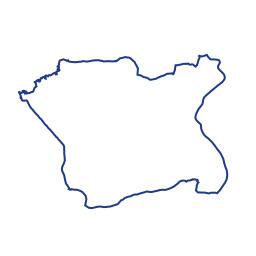 the district of Rwamagana, Eastern, Rwanda, rotated 82°
{"feature_id": "39286606B51470133526692", "entity_name": "Rwamagana", "entity_type": "district", "adm_level": 2, "iso_a3": "RWA", "parent_name": "Rwanda", "parent_adm1": "Eastern", "projection": "natural_earth1", "projection_center": [30.347, -1.979], "detail": "fine", "context": "isolated", "style": "outline", "palette": "blue", "viewbox_px": 256, "rotation_deg": 82, "n_neighbors": 0, "source": "geoboundaries", "source_scale": "gbopen_adm2", "svg_char_len": 5605}
<svg xmlns="http://www.w3.org/2000/svg" viewBox="0 0 256 256"><g transform="rotate(82 128 128)"><path d="M59.7,129.1L59.9,130.4L60.2,130.5L60.3,131.0L59.9,131.8L60.0,133.6L59.1,138.0L58.7,142.6L58.5,143.4L58.0,144.0L57.5,146.1L56.8,147.5L56.7,148.2L56.7,149.1L56.4,150.2L56.5,151.9L56.2,153.1L56.5,155.6L56.5,159.3L56.3,160.4L55.8,161.9L55.7,163.2L55.5,163.8L55.8,164.5L55.8,165.0L55.6,167.4L55.7,168.8L55.6,169.1L55.5,169.9L55.6,170.5L55.6,171.0L55.3,171.9L54.9,174.1L54.2,176.5L53.6,177.9L53.1,177.8L52.6,178.0L52.8,178.7L52.9,179.2L52.5,179.5L52.2,180.3L51.0,182.5L51.8,186.2L54.6,187.5L55.7,187.4L57.3,189.2L57.5,189.2L57.6,188.0L57.8,187.9L58.2,187.9L58.9,188.1L59.5,188.6L60.0,189.5L60.4,189.6L60.7,188.8L60.7,187.9L61.1,187.8L61.6,188.2L61.8,188.7L62.1,190.2L63.0,192.1L63.3,192.3L63.4,192.2L63.8,191.3L64.2,191.0L64.5,190.9L64.9,191.1L64.9,191.9L64.5,192.2L63.7,192.6L63.3,193.2L63.3,193.6L63.5,194.2L65.1,197.2L65.1,197.6L64.6,198.2L64.7,198.8L65.7,200.0L65.5,200.4L64.8,201.0L64.7,201.4L64.7,202.3L65.0,202.7L65.3,202.8L67.1,202.5L67.7,202.6L67.5,203.1L67.2,203.4L66.2,203.7L65.7,204.7L65.7,205.3L65.9,205.7L66.8,206.3L66.8,206.7L66.5,207.1L66.6,207.5L67.8,208.1L69.0,208.4L69.6,208.8L69.7,209.1L69.4,210.0L69.2,210.3L68.9,210.2L68.6,209.8L68.0,209.6L67.8,210.0L67.9,210.6L68.4,211.8L68.8,212.3L69.5,212.8L69.8,213.2L69.6,213.5L69.5,213.9L69.6,214.0L70.1,213.5L70.9,213.1L72.8,213.2L74.0,212.8L75.2,214.8L75.5,215.1L76.6,215.6L77.6,216.3L78.6,216.7L78.8,217.0L79.0,217.6L79.1,219.2L79.7,220.9L79.6,222.5L79.7,223.9L79.3,224.0L78.0,223.6L77.8,223.8L78.0,224.1L79.2,224.9L79.4,225.2L78.8,225.4L77.3,225.3L76.9,225.4L76.8,225.7L76.6,226.5L76.7,227.1L76.8,227.2L77.7,226.7L78.0,226.8L78.2,227.1L78.3,229.4L78.1,229.8L78.0,230.1L77.3,230.5L77.2,230.8L77.4,230.9L78.3,230.7L79.2,230.0L79.5,230.3L80.5,229.9L81.5,229.9L82.0,229.7L82.2,229.8L82.6,229.7L82.9,230.1L83.2,230.2L84.1,229.3L84.5,229.2L85.2,229.3L85.5,229.3L85.8,229.0L86.3,228.2L86.5,227.0L86.5,225.1L86.6,224.5L87.1,224.1L92.6,222.3L95.0,221.1L95.8,220.4L99.8,218.0L104.1,214.9L104.6,214.8L105.5,214.3L107.5,212.6L108.4,212.2L109.5,211.4L111.2,210.6L113.6,209.2L114.5,208.2L117.1,206.8L118.7,205.4L119.4,205.1L123.1,202.6L124.4,202.0L125.6,201.0L126.7,200.5L127.8,199.4L130.4,198.0L131.6,196.9L132.3,196.6L135.8,194.3L137.8,193.8L140.5,194.3L142.2,194.3L143.4,194.6L148.6,194.9L149.2,194.8L149.8,195.0L151.1,195.0L154.3,196.5L155.8,197.5L156.7,198.2L158.9,199.1L160.5,199.2L162.5,198.9L165.4,197.9L166.3,197.8L171.5,197.5L173.1,197.2L173.4,197.3L174.3,197.2L175.7,196.5L176.2,196.1L178.0,195.4L180.5,194.1L180.6,194.4L180.7,194.2L180.7,194.5L180.9,194.4L181.2,193.2L180.7,192.4L181.6,189.9L181.8,188.9L181.8,188.1L182.3,186.6L183.4,184.4L184.0,183.5L184.3,183.3L184.5,182.8L185.1,182.0L189.5,179.3L190.6,179.3L192.0,179.1L193.0,179.2L198.7,181.2L201.6,177.8L202.3,174.7L201.7,168.9L202.0,165.9L203.0,163.0L203.3,156.7L202.0,148.8L198.6,144.8L198.2,142.8L197.1,141.3L196.4,139.1L196.0,136.2L196.0,135.6L196.0,134.9L195.0,132.1L194.8,130.1L195.1,129.0L195.0,127.2L194.5,125.1L194.5,124.5L194.3,124.0L194.2,122.4L194.0,121.8L194.0,121.3L193.9,120.3L193.5,118.5L193.6,117.6L194.0,116.8L194.0,116.3L194.2,116.0L194.7,113.6L194.4,110.2L194.4,109.2L194.2,108.2L194.2,106.4L193.8,105.5L193.9,104.6L193.9,102.3L194.2,101.3L194.4,99.9L194.4,98.7L193.7,94.9L192.3,90.6L190.5,87.5L190.4,87.1L188.7,84.9L188.0,83.5L187.7,81.8L187.8,80.3L188.0,79.3L188.6,78.3L189.3,77.7L188.7,76.8L188.4,76.0L188.6,73.4L188.3,72.9L188.1,71.7L187.8,71.4L188.2,70.9L188.0,69.7L188.3,69.0L188.3,68.6L188.7,67.9L188.9,67.0L189.1,66.8L189.0,66.5L189.2,66.3L189.4,66.3L189.5,66.5L190.1,66.4L190.3,66.5L190.5,66.8L191.7,65.8L192.4,66.7L194.9,68.1L196.8,68.4L199.0,69.4L199.6,69.0L199.9,69.0L201.4,67.8L201.6,67.5L201.7,66.7L201.7,66.0L202.3,63.8L202.3,62.8L202.9,60.3L203.5,58.5L204.0,57.4L204.0,56.4L203.7,55.8L203.6,55.0L204.2,50.7L204.5,49.8L205.0,48.6L204.3,48.0L202.3,45.5L201.1,44.4L195.6,39.5L193.0,37.7L190.0,36.6L188.5,36.3L186.1,36.1L182.9,36.2L180.9,36.8L176.8,37.5L171.6,38.0L166.4,39.7L164.7,40.5L162.1,42.2L157.9,44.3L153.7,46.7L151.2,48.7L150.1,49.4L147.2,52.2L146.1,53.1L145.1,53.7L142.1,54.9L140.1,55.4L138.7,55.6L134.8,55.4L134.1,55.8L132.2,57.5L130.5,58.7L129.0,59.5L127.9,59.8L127.0,59.8L124.6,59.1L122.9,58.1L121.0,56.9L120.2,56.3L119.4,55.8L115.0,51.3L114.6,51.0L112.9,50.3L111.0,49.8L109.3,49.0L108.2,48.2L106.3,45.7L103.5,41.2L103.2,41.0L102.6,40.0L102.6,39.9L98.2,32.8L96.0,28.7L95.0,27.5L93.1,25.7L92.1,25.3L90.9,25.1L90.0,25.1L88.7,25.4L87.0,26.3L82.9,29.5L81.6,30.2L80.7,30.4L80.0,30.3L79.2,30.1L78.5,29.7L76.7,28.3L75.9,27.9L75.3,27.9L73.8,28.4L73.4,28.7L72.9,29.7L71.9,34.0L71.7,36.0L71.3,37.0L71.2,37.0L70.3,37.6L69.9,38.0L68.7,38.8L66.6,39.7L67.4,44.0L67.4,44.5L67.1,46.0L66.4,47.3L66.6,47.6L67.1,47.3L68.2,47.3L69.0,47.7L70.1,48.6L70.9,48.8L72.1,49.5L73.9,50.1L74.8,50.8L75.4,50.8L76.0,51.9L76.2,52.3L76.6,52.5L76.2,53.0L74.1,55.0L73.8,55.7L73.8,56.1L74.0,57.2L73.8,58.2L72.8,59.2L72.5,59.6L72.7,61.1L72.2,63.7L72.7,69.5L72.5,72.1L73.0,72.2L73.3,72.5L74.3,72.7L76.4,73.4L77.3,73.5L78.8,74.5L79.6,74.9L79.7,75.2L80.1,75.2L80.4,75.4L80.5,75.3L81.0,75.8L80.3,76.7L79.9,77.7L80.0,78.9L79.7,81.4L80.0,82.5L81.1,85.4L81.3,87.5L81.8,89.5L82.1,90.0L82.1,90.8L82.4,91.5L82.5,92.1L83.0,93.0L83.1,93.4L83.4,98.5L83.4,99.1L83.3,99.4L80.9,102.2L79.6,105.8L77.9,107.6L76.6,111.2L70.9,110.0L70.2,109.9L68.3,110.7L67.6,110.8L64.7,112.0L63.9,112.1L61.8,113.8L60.0,115.3L58.7,116.6L58.4,117.3L58.1,118.9L57.7,119.6L57.4,121.3L57.6,122.6L57.8,123.5L57.9,126.0L58.0,126.5L58.5,127.1L59.2,128.4L59.7,129.1Z" fill="none" stroke="#1e3a8a" stroke-width="2"/></g></svg>